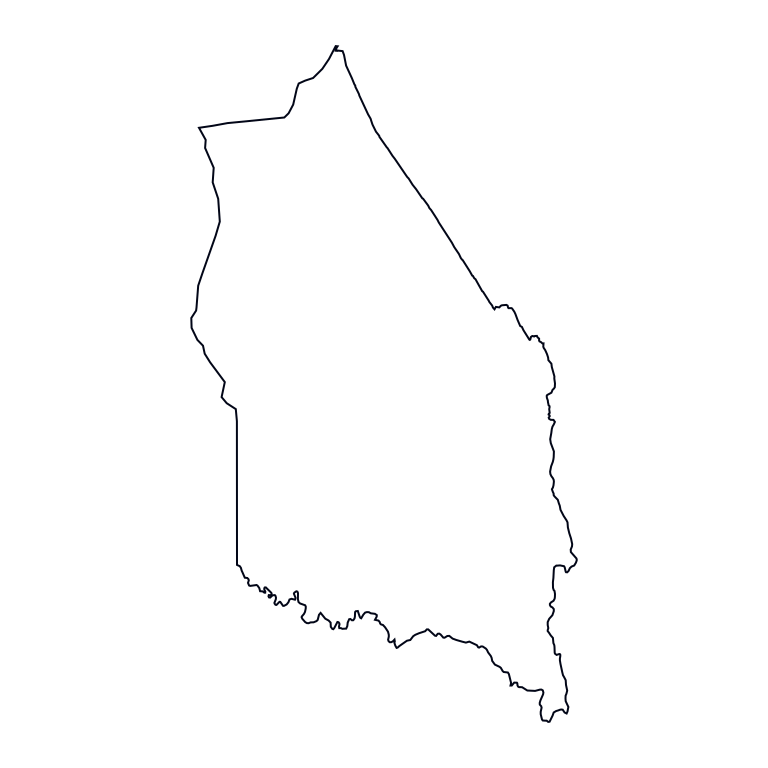 Boumba-Et-Ngoko, Est, Cameroon (Equal Earth projection)
{"feature_id": "32672807B40314964499081", "entity_name": "Boumba-Et-Ngoko", "entity_type": "district", "adm_level": 2, "iso_a3": "CMR", "parent_name": "Cameroon", "parent_adm1": "Est", "projection": "equal_earth", "projection_center": [15.54, 2.833], "detail": "fine", "context": "isolated", "style": "outline", "palette": "ink", "viewbox_px": 768, "rotation_deg": 0, "n_neighbors": 0, "source": "geoboundaries", "source_scale": "gbopen_adm2", "svg_char_len": 6093}
<svg xmlns="http://www.w3.org/2000/svg" viewBox="0 0 768 768"><path d="M199.0,127.8L205.7,139.9L205.1,148.0L213.7,167.8L212.7,182.4L218.2,198.8L219.8,221.6L215.6,235.8L202.5,273.0L198.2,285.7L196.5,307.6L196.1,310.6L191.3,318.0L191.6,327.9L197.4,339.9L203.0,345.7L204.7,353.7L210.1,362.3L224.8,382.1L221.6,397.1L226.7,403.2L235.8,409.1L236.9,421.2L237.0,564.9L238.4,565.6L239.7,566.1L240.9,567.8L241.7,570.7L242.5,572.4L244.8,577.7L247.3,578.0L248.4,579.1L248.8,580.4L248.0,582.9L249.1,585.5L250.2,585.9L255.3,585.2L256.5,585.0L257.5,585.6L259.3,588.1L260.1,591.2L262.7,591.4L264.4,592.7L265.2,592.7L265.3,591.5L264.3,589.5L264.3,588.3L264.7,587.5L265.8,587.4L271.3,592.8L271.6,593.6L271.3,595.2L268.8,595.1L268.5,596.3L269.0,597.4L270.1,597.6L272.6,595.3L274.8,595.1L275.5,595.9L276.0,597.7L275.8,599.3L274.4,602.9L274.6,603.6L275.5,604.8L276.5,604.9L279.5,601.8L280.3,601.9L283.0,605.8L283.9,605.9L286.6,604.5L288.4,602.3L288.6,601.8L289.5,599.5L291.5,598.8L295.0,599.7L295.4,598.9L295.5,597.7L293.9,593.7L294.3,592.7L296.3,591.3L297.4,591.6L298.0,593.1L297.9,599.1L298.5,602.0L300.0,603.4L300.2,603.5L305.2,605.3L305.8,606.7L305.7,608.6L305.0,611.9L304.0,613.9L301.8,616.5L301.6,617.2L302.3,618.8L305.2,622.1L306.9,623.1L308.6,623.2L310.6,622.4L313.6,622.3L316.5,621.1L317.7,619.9L319.0,614.8L320.6,612.9L325.3,618.7L328.6,620.5L330.6,622.6L330.8,626.8L332.3,628.9L333.3,629.2L334.3,628.0L337.4,622.0L338.5,622.2L339.3,623.3L339.5,624.2L339.0,626.6L339.3,628.1L340.9,628.1L342.3,628.8L346.2,628.6L347.3,626.1L347.7,622.6L349.2,619.2L350.4,619.0L352.0,620.3L353.3,620.2L354.5,618.5L354.9,616.7L355.1,612.1L355.7,611.3L357.8,611.0L359.7,616.7L360.4,617.9L361.2,618.3L363.3,614.7L365.1,612.6L366.9,612.1L368.9,612.2L370.8,613.3L374.9,613.8L376.8,615.1L376.7,616.6L375.0,619.8L378.5,620.6L379.7,622.0L380.2,623.6L381.0,624.4L383.0,625.0L385.1,627.3L388.0,631.7L388.8,634.8L388.8,636.7L388.1,639.7L388.6,641.2L389.7,642.2L391.2,642.2L392.8,641.4L394.5,639.6L394.8,641.4L394.4,642.8L395.3,645.6L396.6,647.9L397.6,647.6L399.4,646.0L406.1,641.3L407.0,640.7L410.3,640.0L413.2,636.2L415.3,634.8L419.1,633.2L425.2,631.2L426.8,629.4L428.2,629.4L435.0,635.7L436.1,635.9L437.7,633.8L439.2,633.6L440.6,634.5L443.3,637.6L444.6,637.7L447.3,636.0L449.3,635.9L452.6,638.6L456.4,640.0L462.3,641.7L465.9,642.6L469.3,641.6L476.9,645.2L478.2,647.3L479.1,647.6L481.1,646.4L482.7,646.5L485.9,648.6L487.0,650.0L488.1,652.4L490.8,656.0L491.6,657.8L492.2,660.9L494.9,664.6L499.5,666.8L500.8,667.8L502.7,671.1L503.7,672.0L507.9,672.5L508.9,674.1L511.1,683.0L510.5,685.5L511.8,685.5L514.2,682.6L516.9,682.7L517.3,683.3L517.5,685.4L518.1,686.6L519.0,687.1L522.1,687.2L527.3,690.5L535.1,690.9L540.0,689.6L541.5,689.6L542.8,690.4L543.4,692.5L543.1,694.3L540.4,700.5L539.7,703.0L539.8,704.6L541.2,706.2L541.6,707.7L540.7,711.8L540.7,714.2L542.0,719.5L542.8,720.5L545.8,720.7L546.7,720.7L548.2,721.9L549.6,721.7L552.6,715.6L553.7,712.5L556.0,711.1L556.9,710.8L558.0,710.5L560.1,709.7L561.4,709.5L562.7,709.7L564.6,712.5L566.6,713.5L567.5,711.5L568.1,708.3L568.4,707.0L566.7,703.4L565.7,701.2L565.5,698.6L565.6,695.7L566.4,693.8L567.2,690.6L566.0,684.9L565.7,680.2L564.1,677.1L563.0,675.2L562.3,672.4L560.5,664.0L559.9,660.4L559.9,658.6L560.3,656.0L560.3,654.8L560.0,654.2L559.3,654.0L556.6,654.9L555.2,653.9L554.7,652.9L554.5,647.0L554.3,645.2L553.4,643.1L553.1,639.8L552.9,637.9L550.8,635.5L548.9,632.6L547.7,631.1L547.7,630.1L548.3,628.1L547.7,625.0L547.7,622.1L549.2,618.8L552.4,615.2L553.8,611.1L553.8,609.1L552.4,607.4L550.7,606.5L549.9,605.0L549.9,603.8L551.0,602.4L553.5,600.8L554.5,599.0L554.7,598.4L554.9,596.9L555.0,594.0L554.5,590.9L553.7,590.1L553.0,587.8L552.9,582.2L553.4,578.0L553.8,570.1L554.2,567.3L556.3,565.6L557.4,565.6L560.1,565.4L562.0,565.8L564.0,566.2L564.7,567.3L565.7,571.7L566.0,572.2L567.2,572.3L568.6,570.9L569.9,568.1L570.6,567.5L571.5,566.6L574.2,565.5L575.9,562.7L576.7,560.5L576.7,559.3L576.4,558.4L570.9,552.1L570.7,549.6L572.0,546.4L572.2,544.1L571.0,538.5L569.9,535.1L569.3,533.3L567.9,527.5L567.5,522.3L566.5,520.3L563.7,516.0L560.5,509.8L560.0,507.0L559.7,505.5L558.9,503.5L557.8,499.8L554.5,496.4L553.7,495.2L553.6,493.5L552.8,491.8L551.9,489.2L552.9,487.6L553.5,485.3L553.9,481.7L553.7,479.9L552.9,478.2L551.4,476.2L550.4,474.1L550.1,471.6L551.1,466.4L552.8,461.9L553.4,459.4L553.7,457.1L553.9,451.4L550.8,443.1L550.2,439.2L551.3,433.0L551.8,429.1L552.5,426.6L553.8,424.4L554.9,421.9L553.5,419.9L550.7,419.8L549.1,418.8L548.7,417.6L549.7,416.3L549.6,415.4L548.6,414.6L548.8,413.8L549.7,412.9L549.2,409.1L549.6,407.1L549.5,406.1L548.6,405.3L548.4,404.1L548.0,402.4L547.8,400.4L546.9,397.9L546.7,395.9L547.2,395.0L551.4,392.7L552.6,389.8L554.0,388.5L554.8,387.2L555.0,383.5L554.3,378.5L554.4,376.4L551.8,367.0L551.4,363.7L548.4,360.2L548.1,357.5L547.0,354.1L545.2,350.1L543.7,347.9L543.3,346.7L543.5,343.4L542.5,343.5L541.0,342.1L539.5,341.4L539.1,340.5L539.1,338.6L537.6,337.4L536.9,335.9L534.8,336.0L534.1,336.5L532.8,336.0L532.1,336.1L530.9,337.0L530.3,339.5L529.8,339.9L529.3,339.6L527.4,336.5L523.5,330.3L521.9,326.9L520.2,326.0L517.6,320.0L515.4,314.0L514.3,311.7L512.1,308.5L511.4,308.1L508.5,308.1L508.1,307.6L507.6,305.6L506.4,304.9L501.9,305.3L500.8,305.8L499.3,307.4L495.9,306.9L494.5,309.3L492.9,307.5L492.2,305.6L490.0,302.8L489.3,301.9L488.8,300.8L483.0,291.7L482.2,291.2L477.1,282.1L475.5,279.2L474.3,278.3L472.9,275.9L472.2,275.6L469.8,271.3L462.7,260.1L462.1,259.7L460.8,258.0L459.0,254.1L454.3,247.2L451.9,242.7L438.8,222.5L437.5,219.9L431.1,210.0L429.4,208.1L428.2,205.6L423.1,198.7L422.3,198.3L416.1,189.2L412.6,184.8L408.6,178.4L407.3,177.1L405.9,175.1L394.8,158.8L392.4,155.7L387.4,147.9L386.8,147.4L379.4,136.8L379.2,135.8L376.0,131.7L372.5,124.6L371.2,120.7L370.6,118.7L368.1,114.4L359.3,95.5L359.0,94.2L357.0,90.1L355.4,86.9L355.2,85.4L354.5,84.6L351.9,78.2L346.1,65.6L344.0,54.9L342.6,51.1L337.1,50.5L337.1,50.8L335.7,50.7L336.5,48.0L337.6,46.3L335.7,46.1L329.0,59.0L322.3,68.9L313.1,78.0L305.2,80.6L298.7,83.5L296.8,88.7L293.2,104.6L288.6,113.3L284.3,117.5L246.3,121.3L227.5,123.1L212.7,125.8L199.0,127.8Z" fill="none" stroke="#020617" stroke-width="2"/></svg>